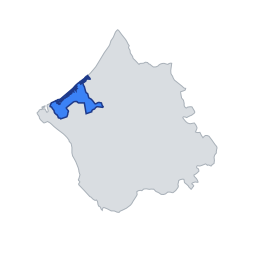 Lagunes highlighted on a map of Ivory Coast, rotated 145°
{"feature_id": "CIV-3458", "entity_name": "Lagunes", "entity_type": "Department", "adm_level": 1, "iso_a3": "CIV", "parent_name": "Ivory Coast", "parent_adm1": "", "projection": "robinson", "projection_center": [-4.434, 5.74], "detail": "fine", "context": "in_parent", "style": "filled", "palette": "blue", "viewbox_px": 256, "rotation_deg": 145, "n_neighbors": 0, "source": "natural_earth", "source_scale": "10m", "svg_char_len": 8888}
<svg xmlns="http://www.w3.org/2000/svg" viewBox="0 0 256 256"><g transform="rotate(145 128 128)"><path d="M70.0,56.8L70.7,56.7L72.5,56.1L74.2,54.8L75.8,51.9L77.9,49.6L80.2,49.7L80.9,49.3L81.8,49.2L82.7,50.8L83.7,51.9L84.4,51.9L85.0,54.1L89.3,55.1L91.1,55.7L92.7,57.3L93.2,57.3L93.9,57.0L94.4,56.4L94.5,55.8L93.8,54.3L94.1,53.0L94.8,51.9L95.9,51.8L97.6,51.5L99.5,51.5L100.9,51.7L101.5,50.5L101.0,47.3L101.1,45.5L101.4,44.0L101.9,43.4L104.0,45.3L106.0,45.9L107.4,46.0L107.8,45.6L107.2,43.6L107.3,42.9L107.9,42.6L108.8,42.4L111.3,41.5L111.5,41.7L112.0,45.0L111.8,46.0L112.3,48.3L112.9,50.3L112.9,51.2L112.3,52.4L111.7,53.6L111.8,54.1L112.8,54.9L114.7,55.7L116.6,55.9L117.7,54.7L118.9,53.7L119.7,52.8L120.0,51.6L121.2,50.6L124.8,49.4L128.1,49.2L128.8,49.6L130.3,51.4L132.2,52.7L135.1,52.5L137.1,53.2L138.9,54.6L140.1,57.7L141.5,59.9L142.0,63.1L144.1,64.7L145.7,65.5L148.0,67.8L150.2,69.0L152.6,68.7L153.7,69.9L155.5,70.7L157.3,70.8L158.8,68.1L160.9,67.1L166.1,65.0L168.1,64.0L170.2,63.4L175.2,63.2L179.8,63.9L182.1,64.4L183.7,64.0L185.2,65.3L186.8,67.9L188.0,68.8L189.3,69.7L190.3,71.7L191.4,73.8L192.0,74.7L193.4,76.8L194.6,76.8L195.8,75.9L196.3,75.3L196.6,76.6L196.1,78.8L196.2,80.1L196.8,80.6L196.5,82.4L195.1,85.3L195.1,87.1L196.5,87.6L197.4,89.5L198.0,92.7L198.6,93.7L198.7,94.4L199.7,102.1L200.9,109.8L200.1,110.8L199.1,111.1L198.4,111.4L198.2,112.2L198.6,113.2L198.3,114.2L197.0,114.9L194.1,117.3L193.9,118.3L193.2,120.4L192.5,121.6L191.6,124.0L190.1,130.3L189.5,135.4L189.4,137.0L188.9,138.1L188.2,139.8L185.1,144.2L183.5,147.8L183.7,149.4L183.8,151.0L183.3,152.1L183.4,155.2L183.8,157.8L184.3,160.3L186.6,167.4L187.8,171.7L188.5,175.2L189.2,177.6L189.8,178.5L190.0,179.4L193.4,180.1L194.1,180.6L195.0,185.1L194.8,187.2L194.2,188.0L194.2,189.7L194.1,191.9L193.6,192.7L191.7,192.8L190.4,193.6L188.7,193.3L188.5,192.8L187.6,192.6L185.1,191.4L185.5,187.4L184.4,187.2L183.5,187.8L181.7,192.5L180.8,193.3L168.3,190.9L165.6,188.9L162.3,188.5L156.7,188.7L152.0,189.3L150.6,190.5L162.5,189.8L163.7,189.9L164.3,190.6L149.4,192.2L143.7,193.1L142.0,192.9L140.7,191.3L134.5,191.2L133.3,191.7L132.5,192.8L134.9,192.5L138.8,192.5L139.8,193.3L127.8,194.4L119.4,196.6L115.9,198.1L104.2,203.3L97.1,205.8L95.2,206.7L92.0,209.2L87.9,210.8L83.2,213.8L80.3,214.5L79.7,213.5L79.6,208.5L79.2,201.7L79.4,199.1L79.8,196.7L79.8,194.7L81.2,193.9L81.6,193.1L81.8,190.5L83.1,188.1L83.2,183.9L83.6,183.0L83.9,181.9L83.3,179.2L82.6,174.0L82.2,173.7L81.9,173.9L81.1,174.0L78.2,172.2L76.0,171.9L74.4,170.4L74.3,168.7L73.5,167.7L73.0,165.7L72.2,163.4L70.0,162.0L67.9,161.6L66.4,161.9L64.7,161.8L62.7,161.1L61.3,160.2L60.0,158.5L58.8,157.2L57.8,157.3L56.6,157.0L55.5,156.4L55.1,155.9L60.0,150.6L61.6,148.0L61.8,146.4L61.8,144.8L62.3,143.1L62.5,140.6L59.8,131.4L59.2,128.6L58.4,127.7L58.0,127.4L59.3,126.3L61.2,126.6L64.1,127.5L64.7,126.6L66.9,121.9L66.8,120.2L66.6,119.0L67.9,115.9L68.9,114.6L69.4,113.3L69.2,111.5L68.5,110.8L67.5,111.0L66.3,110.5L64.5,109.5L63.5,108.6L63.8,104.4L64.0,103.1L64.6,102.3L65.6,102.1L68.5,102.0L70.8,102.5L72.8,102.8L73.9,102.8L74.7,104.0L75.9,105.3L76.9,105.3L77.3,104.3L77.0,100.2L76.4,98.0L74.8,95.9L70.8,94.1L70.7,91.6L71.2,88.9L72.0,87.9L75.0,86.1L74.5,85.2L73.5,84.2L71.6,83.2L72.1,79.9L72.2,77.0L70.6,77.4L69.0,77.5L67.6,76.6L66.4,74.9L66.2,70.0L66.2,64.4L66.0,61.9L66.5,60.6L67.9,59.4L69.4,57.8L70.0,56.8ZM187.1,193.4L186.4,194.5L183.3,193.8L184.0,192.9L187.1,193.4Z" fill="#d9dde1" stroke="#a8b0b8" stroke-width="1"/><path d="M176.3,192.6L174.0,192.1L172.9,192.0L172.2,191.8L172.0,191.7L171.9,191.6L171.9,191.4L172.0,191.2L171.9,191.0L171.7,190.7L171.9,190.4L171.6,190.6L171.4,191.0L171.3,191.4L171.2,191.7L170.8,191.5L170.3,191.5L169.3,191.5L169.0,191.4L167.9,190.7L166.3,190.5L165.5,190.2L165.2,189.6L165.6,189.8L166.1,189.7L166.6,189.5L166.8,189.1L167.2,189.6L167.3,189.8L167.5,189.8L167.8,189.6L167.7,189.4L167.6,189.1L167.9,189.2L168.8,189.5L169.2,189.5L169.7,189.7L170.6,190.2L170.5,189.8L170.4,189.6L170.8,189.6L171.4,189.7L171.7,189.6L172.0,189.2L171.9,189.0L171.6,188.8L171.4,188.4L171.1,187.5L171.1,187.1L171.0,186.9L170.8,186.8L170.5,186.8L170.3,186.9L170.1,186.7L169.9,186.7L169.7,186.7L169.6,186.9L169.7,187.1L170.2,187.5L170.8,188.4L171.1,188.9L171.6,189.1L171.3,189.4L171.0,189.4L170.6,189.3L170.3,189.5L170.1,189.5L169.8,189.1L169.6,189.0L169.3,189.0L168.9,188.9L168.7,188.8L168.4,188.6L168.2,188.4L168.1,188.0L167.9,188.2L167.8,188.4L167.7,188.1L167.6,187.9L167.6,187.7L167.6,187.4L167.4,187.8L167.3,188.1L167.1,188.3L166.8,188.2L166.6,188.3L166.4,188.4L166.1,188.3L165.8,188.2L165.3,188.3L165.0,188.4L165.2,188.6L165.6,188.7L166.0,188.7L166.3,188.5L166.6,188.9L166.3,189.2L165.9,189.5L165.5,189.6L165.1,189.4L164.8,189.2L164.3,188.9L163.8,188.7L163.5,188.8L163.3,189.1L162.9,188.9L162.2,188.5L161.9,188.6L161.6,188.8L161.4,188.9L161.1,188.7L160.9,188.9L160.6,188.8L160.4,188.5L159.8,189.0L159.4,189.2L159.1,189.1L159.2,188.6L159.3,188.5L158.6,188.4L158.4,188.4L158.1,188.7L157.9,188.5L157.7,188.4L157.4,188.9L157.0,189.2L156.8,189.5L156.6,189.3L156.3,189.0L156.0,188.8L155.8,188.7L155.6,188.9L155.3,189.1L155.1,189.2L154.8,188.9L155.0,188.8L155.0,188.7L154.1,188.8L153.8,189.0L153.7,189.5L153.9,189.3L154.1,189.4L154.3,189.6L154.4,189.8L153.9,189.7L152.2,189.6L152.1,189.4L152.0,189.1L151.7,188.7L151.6,189.0L151.7,189.4L151.9,189.5L151.4,189.7L151.1,189.9L150.6,190.4L150.1,190.1L149.6,190.1L149.2,190.3L148.9,190.6L148.6,190.5L148.4,190.4L148.2,190.2L148.4,189.9L148.6,189.9L148.9,190.0L149.2,190.0L149.2,189.8L149.1,189.6L148.8,189.5L148.8,189.3L149.0,189.1L149.2,188.9L149.2,188.7L149.2,188.4L148.8,189.0L148.4,189.3L147.9,189.4L147.3,189.5L147.9,190.0L147.5,190.5L146.6,190.9L146.0,191.3L145.8,191.7L145.9,192.0L146.1,192.1L146.5,192.2L146.9,192.3L147.3,192.2L147.6,192.0L147.4,191.7L148.1,191.3L148.3,191.1L148.5,191.3L148.8,191.5L149.1,191.4L149.5,191.2L149.9,191.1L150.7,191.1L150.9,191.2L151.0,191.3L151.2,191.5L151.6,191.6L151.8,191.5L152.4,191.3L152.1,191.4L151.8,191.3L151.6,191.2L151.7,190.8L152.5,190.6L152.5,191.0L153.2,190.7L154.6,190.8L155.3,190.4L155.4,190.8L155.6,190.6L155.8,190.3L156.0,190.0L156.4,190.0L156.8,190.2L157.1,190.3L157.4,190.0L157.9,190.2L158.4,190.1L158.8,189.9L159.8,189.7L160.4,189.4L160.8,189.3L163.8,189.2L164.5,189.5L164.3,189.6L164.1,189.6L163.8,189.7L163.5,189.6L165.3,190.6L157.8,191.3L150.4,192.0L146.4,193.0L144.3,193.2L143.8,193.4L143.6,193.2L143.3,193.2L142.0,193.1L141.7,193.2L141.8,193.0L142.0,193.0L142.0,192.8L141.3,192.8L141.2,192.5L141.2,192.0L141.0,191.5L141.4,191.1L141.0,191.0L139.7,191.2L139.3,191.3L138.9,191.6L138.6,191.9L138.2,191.5L137.5,191.1L136.7,190.9L136.0,191.1L135.9,191.0L135.7,190.9L135.9,190.7L137.4,190.6L137.7,190.6L137.9,190.6L138.3,190.9L138.6,191.0L138.9,191.0L139.0,190.9L139.2,190.6L140.0,188.5L140.0,188.3L140.1,188.2L140.0,187.5L140.0,187.3L140.0,187.1L140.1,186.8L141.6,182.7L141.9,181.7L142.0,181.4L142.0,181.0L141.9,180.5L141.8,180.3L141.6,179.8L141.5,179.6L141.4,179.5L141.4,179.4L141.4,179.1L142.8,175.3L141.6,172.7L141.3,170.6L141.2,167.3L141.1,166.7L140.9,166.5L140.5,166.3L138.0,166.0L137.1,165.6L135.4,163.8L136.1,161.6L136.2,160.9L136.2,160.7L136.1,159.8L136.6,159.5L136.7,159.4L136.8,159.4L137.0,159.5L140.7,162.9L141.1,163.2L141.9,163.3L142.6,163.3L142.8,163.3L144.3,162.8L144.5,162.8L144.8,162.8L145.2,162.9L145.3,163.0L145.5,163.0L145.8,163.1L146.6,163.2L147.3,163.1L147.8,162.9L148.4,162.1L154.1,163.7L149.4,173.6L154.2,177.0L154.7,178.4L154.6,178.8L154.9,179.2L155.2,179.4L156.4,180.2L157.1,180.5L157.9,180.6L166.9,180.0L167.1,179.7L167.2,179.4L167.0,176.3L167.5,175.5L167.9,175.3L168.1,175.3L168.3,175.1L168.6,174.8L169.6,173.7L171.4,172.4L171.6,172.3L171.8,172.3L177.9,174.1L177.9,174.3L178.0,175.0L178.2,175.3L178.4,175.4L178.8,175.7L179.1,176.2L179.2,176.5L179.1,176.8L178.8,177.2L178.8,177.4L178.6,179.5L178.7,179.8L178.8,179.9L178.9,180.0L179.0,180.0L179.1,180.3L179.1,180.5L179.3,181.7L179.3,181.9L179.4,182.0L179.4,182.4L179.4,182.7L179.2,183.4L178.7,184.5L178.6,184.8L178.6,185.5L178.8,187.4L178.6,188.6L178.6,188.8L178.6,189.1L178.8,189.3L179.3,189.8L179.4,190.0L179.5,190.1L179.5,190.3L178.9,191.0L176.3,192.6L176.3,192.6ZM133.5,191.7L133.8,191.6L134.2,191.5L134.0,191.9L133.4,192.3L133.2,192.4L133.2,191.9L132.8,193.0L132.7,193.4L131.9,192.1L131.7,192.1L131.7,192.4L131.4,192.2L131.7,193.0L132.7,193.5L133.9,193.7L134.8,193.4L134.4,193.0L134.0,193.1L133.6,193.1L133.2,193.0L133.2,192.8L133.4,192.8L133.6,192.8L133.8,192.7L134.0,192.6L134.4,192.1L134.5,192.1L134.9,192.2L135.3,192.4L135.6,192.5L136.0,192.2L136.3,192.4L136.6,192.5L136.8,192.4L137.0,192.1L136.5,192.1L136.3,191.9L136.2,191.6L135.8,191.5L135.8,191.3L136.1,191.5L136.9,191.4L138.4,192.3L139.0,192.2L139.3,191.9L139.7,191.8L140.5,191.9L140.6,192.1L140.7,192.6L140.9,193.1L141.2,193.4L135.2,193.6L134.2,194.0L131.0,194.2L130.7,190.5L130.9,189.8L131.2,189.9L131.4,190.0L131.6,190.1L132.9,191.3L133.1,191.5L133.5,191.7L133.5,191.7Z" fill="#3b82f6" stroke="#1e3a8a" stroke-width="1.5"/></g></svg>